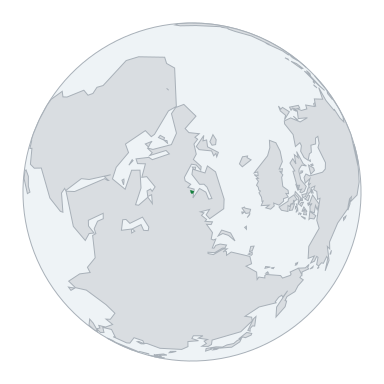 the Earth from above Järva, rotated 114°
{"feature_id": "EST-1656", "entity_name": "Järva", "entity_type": "County", "adm_level": 1, "iso_a3": "EST", "parent_name": "Estonia", "parent_adm1": "", "projection": "orthographic", "projection_center": [25.661, 58.953], "detail": "fine", "context": "on_globe", "style": "filled", "palette": "green", "viewbox_px": 384, "rotation_deg": 114, "n_neighbors": 0, "source": "natural_earth", "source_scale": "10m", "svg_char_len": 11228}
<svg xmlns="http://www.w3.org/2000/svg" viewBox="0 0 384 384"><g transform="rotate(114 192 192)"><circle cx="192" cy="192" r="169" fill="#eef3f6" stroke="#a8b0b8"/><path d="M74.4,70.6L75.7,69.5L100.5,51.2L82.4,63.4L89.0,58.1L97.3,52.3L96.3,53.2L106.7,47.6L114.8,43.4L127.7,40.0L136.3,43.2L131.5,44.4L134.1,45.3L140.3,43.9L143.7,42.9L161.1,46.3L181.7,46.0L188.0,43.0L186.7,46.2L198.7,39.0L209.8,38.3L197.3,41.0L196.1,42.7L203.7,43.0L204.0,44.9L207.9,46.2L207.6,48.6L200.4,50.3L200.1,51.9L205.4,52.0L208.6,54.7L200.7,54.2L205.4,58.9L194.1,63.2L173.4,61.1L167.1,66.5L145.7,72.5L147.6,74.3L140.8,78.2L140.4,81.8L136.6,82.2L139.7,84.8L143.3,83.8L145.8,84.7L146.0,86.9L141.1,87.6L140.3,86.6L138.9,88.0L136.4,87.5L137.7,88.9L131.7,89.7L137.8,92.2L133.2,95.5L129.2,95.2L129.4,91.0L120.8,80.8L116.8,79.6L110.9,82.0L100.1,95.0L95.8,95.7L90.0,99.7L92.5,101.1L97.8,98.6L100.9,102.4L107.2,99.1L109.3,100.3L115.8,98.8L114.9,103.7L110.6,109.3L105.2,110.9L103.1,113.5L108.4,116.0L98.4,123.0L92.1,135.1L89.5,136.6L84.2,132.0L84.0,121.7L77.2,116.8L81.7,124.8L75.1,128.8L74.1,131.6L74.5,134.4L77.0,134.8L74.8,137.4L69.6,130.1L71.5,127.7L73.1,129.9L73.0,125.2L69.4,120.9L66.3,123.5L64.1,114.9L61.9,116.8L60.2,116.1L63.8,113.6L57.2,118.1L54.1,110.4L45.1,118.7L53.9,106.9L56.9,101.0L59.9,94.8L58.4,96.0L64.3,86.9L66.2,81.9L61.8,84.8L55.7,92.2L49.6,101.5L50.2,101.7L47.0,108.0L44.2,110.2L38.0,123.4L35.8,127.6L41.6,115.0L48.4,103.0L56.2,91.5L64.9,80.7L74.4,70.6ZM31.8,138.3L31.3,139.9L28.9,147.9L29.0,149.2L28.4,155.0L26.5,160.0L27.6,159.8L26.3,166.5L26.1,181.9L25.7,181.8L25.3,201.0L27.8,218.1L28.4,225.3L27.8,225.8L29.4,231.6L29.4,233.2L38.3,256.0L45.0,270.4L46.3,275.4L43.6,272.8L44.1,273.7L38.7,263.0L34.0,251.9L30.1,240.4L27.1,228.8L24.9,217.0L23.5,205.0L23.0,193.0L23.4,180.9L24.6,169.0L26.7,157.1L29.6,145.4L29.7,145.1L30.6,142.1L31.8,138.3ZM42.8,120.5L35.8,138.6L37.4,130.8L37.6,131.7L39.8,126.5L43.2,118.4L45.3,112.2L42.8,120.5ZM45.1,122.8L46.1,120.1L45.4,122.5L45.1,122.8ZM145.2,42.2L140.4,43.8L134.6,44.4L138.6,42.8L145.2,42.2ZM156.1,42.0L154.0,43.1L151.3,41.6L153.3,41.4L156.1,42.0ZM192.5,40.7L188.5,40.9L192.3,40.1L192.5,40.7ZM208.5,46.0L209.5,45.4L211.0,46.3L208.5,46.0ZM115.8,96.3L115.8,97.5L114.6,97.2L115.8,96.3ZM118.6,94.6L117.3,93.2L118.4,92.2L119.2,93.1L118.6,94.6ZM212.1,50.9L214.3,52.8L210.8,51.1L212.1,50.9ZM120.0,96.5L120.6,90.6L122.6,88.9L127.4,90.7L120.0,96.5ZM214.8,54.1L220.2,58.9L222.9,57.9L218.3,63.8L215.2,57.6L210.5,55.6L213.9,55.6L214.8,54.1ZM144.4,82.6L140.5,83.8L143.6,80.9L144.4,82.6ZM145.7,80.6L151.4,70.9L157.2,70.5L154.1,73.7L161.4,71.8L161.4,76.3L157.3,78.4L153.6,77.7L156.5,80.0L145.7,80.6ZM214.8,66.5L215.0,68.0L213.4,66.8L214.8,66.5ZM147.1,84.9L147.7,82.9L152.8,82.4L152.4,86.3L150.9,85.2L147.1,84.9ZM163.3,69.2L167.0,69.6L168.0,73.3L169.5,74.0L161.9,76.4L163.3,69.2ZM149.8,86.4L152.1,88.3L149.8,90.5L146.8,86.8L149.8,86.4ZM154.2,80.6L156.6,80.6L155.2,81.8L154.2,80.6ZM143.2,99.9L143.8,97.4L146.5,96.8L143.2,99.9ZM153.1,88.9L153.8,88.1L154.9,87.6L155.9,89.4L153.1,88.9ZM163.1,78.9L162.7,80.5L166.3,78.1L167.2,80.9L161.9,82.1L164.5,82.8L164.8,83.7L160.2,83.7L163.1,78.9ZM160.3,89.8L153.9,92.5L152.1,97.2L149.6,97.8L153.0,90.1L160.3,89.8ZM160.6,86.2L159.9,88.5L157.2,87.9L156.1,86.0L160.6,86.2ZM169.7,82.5L169.7,77.9L170.8,77.8L169.7,82.5ZM160.3,91.3L161.8,90.6L160.5,91.7L160.3,91.3ZM167.4,85.3L167.2,83.6L168.5,83.6L167.4,85.3ZM165.1,90.8L163.0,91.6L162.2,90.2L165.1,90.8ZM166.5,88.3L168.4,88.7L163.1,89.3L166.3,87.6L166.5,88.3ZM168.6,85.5L169.4,85.0L168.5,86.2L168.6,85.5ZM169.3,95.5L162.9,96.6L161.1,93.5L167.6,92.9L169.3,95.5ZM171.7,359.7L164.7,358.4L152.8,351.5L157.6,348.6L156.1,344.8L143.0,332.2L145.9,326.4L142.3,322.6L135.0,321.4L130.9,316.5L126.5,315.0L98.7,305.6L90.2,295.8L80.0,271.8L84.9,267.5L85.8,258.3L120.2,241.1L127.5,246.5L154.6,249.7L158.0,251.7L154.9,259.6L175.3,272.3L181.8,266.0L200.2,271.3L212.4,270.0L216.7,254.2L196.7,256.0L193.2,248.4L209.1,240.2L226.6,238.4L225.8,235.4L214.7,230.2L218.7,223.5L210.9,227.8L214.1,230.6L209.3,233.5L206.1,231.1L207.6,228.7L202.3,227.8L196.4,239.6L199.0,243.8L185.2,246.0L188.2,253.3L184.5,256.6L177.9,245.5L178.6,241.4L166.4,228.2L164.6,232.6L175.9,245.5L172.3,244.3L169.9,250.9L169.0,245.0L157.1,230.1L144.6,230.1L128.8,242.6L121.5,241.3L115.3,235.1L121.1,219.2L136.8,224.1L139.0,219.0L135.8,209.1L140.8,211.6L141.5,208.3L147.4,209.7L155.7,203.5L161.7,204.0L165.0,194.0L168.5,192.9L165.6,199.1L166.8,203.8L181.7,204.9L184.6,202.8L185.5,196.3L189.5,197.7L188.5,191.2L197.1,188.7L185.7,186.6L186.5,179.3L191.7,173.9L189.9,171.2L181.5,180.2L180.0,184.2L181.9,188.2L176.0,199.2L170.9,200.6L169.3,187.9L161.9,188.5L164.0,178.7L185.4,159.8L194.4,156.2L209.2,165.0L207.1,169.8L200.8,168.9L206.7,176.3L206.2,172.6L209.5,173.8L211.1,167.5L213.5,168.1L210.9,161.2L214.0,161.3L215.6,165.6L220.7,156.8L227.2,155.3L227.2,153.1L225.3,151.1L234.9,150.7L234.4,149.1L231.1,148.6L228.1,145.1L226.4,138.9L229.8,139.1L230.9,141.4L238.2,146.6L240.5,152.9L241.7,152.3L240.5,147.0L231.6,140.5L229.6,136.8L234.2,139.2L232.4,138.0L232.5,136.2L235.8,134.7L230.9,131.8L227.3,112.9L233.3,108.4L237.8,112.5L238.9,100.4L245.5,96.9L242.5,96.3L240.9,90.5L238.8,91.5L237.2,90.8L232.3,77.1L233.8,74.3L228.2,68.3L226.6,68.1L225.2,69.8L218.3,63.8L222.9,57.9L226.3,58.6L227.0,54.6L234.5,57.0L241.0,57.4L248.9,62.7L253.4,62.8L253.1,61.2L259.0,60.3L272.1,64.4L262.7,67.9L243.3,64.5L251.3,66.3L249.8,68.0L252.9,70.0L258.5,71.3L259.0,70.1L269.8,84.0L284.0,93.0L282.1,86.6L285.2,84.6L299.8,90.6L319.1,113.4L323.4,112.2L326.5,114.4L328.9,120.3L324.6,117.2L323.3,120.3L320.4,117.8L322.9,126.7L318.9,123.5L322.8,132.3L325.9,132.5L325.2,125.6L330.3,134.9L334.9,132.8L340.0,137.4L347.8,157.7L348.7,171.7L349.8,174.1L347.8,176.5L348.7,185.7L355.3,187.3L356.4,190.3L356.3,205.1L355.6,203.2L350.3,209.6L352.0,218.4L356.1,215.3L357.6,218.7L355.6,223.4L353.7,220.8L351.8,222.9L350.5,216.0L345.3,210.6L343.1,218.9L341.5,214.8L334.1,213.1L329.9,224.7L324.6,248.6L326.8,259.6L323.6,268.4L312.5,261.3L307.0,252.3L303.3,256.9L291.5,253.7L272.1,265.1L269.1,262.9L265.4,266.4L257.1,266.4L252.5,262.2L247.6,264.5L260.0,275.2L265.2,272.7L269.3,264.8L271.8,269.1L279.7,269.8L271.7,286.4L242.5,307.4L239.3,299.4L215.3,277.2L215.8,273.8L215.7,273.4L215.4,272.8L213.5,278.5L209.3,273.3L222.4,291.0L224.8,298.5L242.1,308.0L240.5,309.8L246.0,310.8L263.0,301.7L263.2,304.4L255.3,319.4L231.4,339.4L234.4,345.8L232.4,350.9L217.2,356.0L218.2,357.8L210.3,359.3L209.6,359.9L203.5,360.6L187.6,360.9L171.7,359.7ZM108.5,254.7L107.6,257.4L108.5,254.7ZM245.5,244.0L255.7,240.9L250.5,232.3L254.0,230.4L251.0,228.3L250.1,231.7L242.5,225.3L246.7,220.6L245.1,216.3L241.6,217.2L235.1,227.0L245.9,236.0L243.9,241.1L245.5,244.0ZM26.2,182.3L26.0,185.2L25.8,182.7L26.2,182.3ZM36.4,131.5L35.5,134.6L34.6,136.9L35.1,134.8L36.4,131.5ZM32.0,157.7L31.6,161.7L31.5,158.3L32.0,157.7ZM35.0,141.4L32.3,154.7L32.2,148.7L34.1,140.4L33.5,145.0L35.0,141.4ZM43.0,123.8L42.1,126.0L41.5,126.2L43.0,123.8ZM44.6,124.6L44.7,123.9L45.6,122.4L44.6,124.6ZM75.5,129.2L75.8,129.9L75.7,132.9L74.6,131.9L75.5,129.2ZM82.0,144.3L78.3,148.0L80.2,144.6L77.9,143.8L79.1,135.7L88.3,136.9L83.9,137.7L82.0,144.3ZM83.3,125.6L81.5,130.3L83.1,125.1L83.3,125.6ZM139.1,189.7L141.1,192.7L138.8,196.1L131.1,196.2L134.4,191.2L139.1,189.7ZM144.4,196.2L145.1,184.0L149.8,183.7L147.0,185.9L150.1,186.9L146.5,190.8L150.4,202.7L148.7,206.6L135.5,204.2L140.8,202.8L138.5,199.8L144.4,196.2ZM138.2,155.7L138.6,151.1L148.5,156.3L147.0,160.1L139.3,160.2L136.5,155.9L138.2,155.7ZM128.4,101.0L127.8,99.4L129.2,99.1L130.8,100.3L128.4,101.0ZM143.3,98.8L132.0,108.2L130.9,106.7L125.7,114.3L120.6,113.5L124.1,108.5L116.3,113.7L117.5,108.9L112.5,112.9L120.9,102.0L121.7,98.0L122.8,102.7L127.4,103.5L129.7,102.7L136.5,97.6L140.4,89.9L145.6,89.7L148.3,91.7L148.1,93.5L144.8,93.0L147.0,95.8L142.1,96.5L143.3,98.8ZM176.5,118.2L172.6,116.2L176.3,123.2L171.4,123.4L172.1,124.2L168.5,126.4L165.5,130.5L163.3,129.9L163.0,131.8L160.7,133.4L159.6,135.8L155.2,135.7L153.6,138.7L152.5,136.9L150.8,142.2L150.1,138.3L146.9,140.1L149.3,143.0L128.2,137.7L119.9,138.9L113.3,142.3L112.9,135.4L118.8,128.1L127.6,121.8L135.6,121.7L134.0,118.8L137.3,117.9L137.2,120.6L139.4,116.0L142.1,116.1L150.0,111.3L151.4,104.9L154.3,103.1L155.1,105.6L157.4,102.1L160.9,105.7L163.1,104.6L168.6,107.1L168.9,112.9L171.3,111.2L175.7,113.2L176.5,118.2ZM170.8,96.4L172.3,102.9L170.3,106.4L161.4,100.5L159.0,101.1L153.2,97.7L156.2,92.9L157.6,94.3L159.6,94.5L157.9,95.9L160.8,95.0L162.8,96.9L165.6,96.7L165.3,98.8L170.8,96.4ZM161.9,249.1L164.5,249.9L168.6,250.0L167.1,254.2L161.9,249.1ZM153.6,239.2L156.0,239.0L155.9,244.8L153.2,244.1L153.6,239.2ZM157.4,234.2L156.1,238.6L155.2,235.8L157.4,234.2ZM167.8,198.7L170.3,198.2L170.6,199.8L169.1,201.9L167.8,198.7ZM186.3,139.8L184.4,137.9L185.2,137.0L184.0,131.4L187.6,130.9L189.7,134.1L186.3,139.8ZM213.3,257.4L209.7,260.8L207.9,259.5L209.5,258.6L213.3,257.4ZM187.3,258.6L193.2,260.6L186.8,259.8L187.3,258.6ZM190.0,138.4L189.1,136.0L191.4,137.3L190.0,138.4ZM190.1,130.3L192.9,131.2L187.9,130.2L190.1,130.3ZM260.4,341.7L248.0,350.9L240.3,353.3L239.3,352.6L244.2,347.9L253.4,343.8L258.0,340.0L260.4,341.7ZM357.6,225.5L355.6,231.9L349.7,233.8L351.9,229.0L357.4,221.5L357.1,223.7L358.4,220.6L357.6,225.5ZM360.1,209.4L360.0,210.2L359.8,208.3L359.9,204.1L360.4,200.5L359.7,177.8L359.9,174.9L360.6,182.9L360.7,182.4L360.9,195.9L360.1,209.4ZM327.5,260.0L331.1,262.6L329.1,266.2L327.5,260.0ZM357.7,166.0L359.1,175.5L357.3,165.3L357.7,166.0ZM355.6,158.2L356.4,159.8L355.8,160.3L355.6,158.2ZM351.4,176.8L351.0,181.1L350.2,179.8L350.1,173.6L351.4,176.8ZM344.0,141.5L347.0,145.4L348.1,147.5L346.4,146.9L344.0,141.5ZM219.2,132.8L216.8,141.0L217.4,147.0L221.5,150.3L214.7,149.4L213.7,140.1L219.2,132.8ZM225.9,115.3L222.4,112.6L224.5,111.6L225.7,112.1L225.9,115.3ZM223.3,115.2L217.8,116.2L216.2,113.3L220.9,113.1L223.3,115.2ZM203.9,127.1L202.9,129.5L201.1,128.4L203.9,127.1ZM357.8,159.2L357.8,160.3L358.6,165.4L356.1,153.1L356.6,154.0L357.5,157.9L357.8,159.2ZM356.5,155.8L357.4,160.6L355.9,154.2L356.5,155.8ZM357.1,160.5L356.4,158.7L356.1,156.1L357.1,160.5ZM356.2,154.0L354.6,149.6L355.2,150.3L356.2,154.0ZM354.3,155.0L355.2,152.4L355.4,159.0L351.6,152.2L351.2,148.6L354.3,155.0ZM327.7,108.6L325.7,107.6L324.2,104.1L326.0,105.8L327.7,108.6ZM317.6,92.6L323.2,102.9L327.3,111.7L327.7,110.3L331.8,114.9L329.2,115.4L323.7,107.1L321.2,101.0L317.4,97.8L313.5,92.3L309.1,90.2L306.2,87.3L309.5,87.4L317.6,92.6ZM307.2,89.6L298.1,84.9L296.9,79.9L298.7,79.8L303.4,84.0L303.7,86.4L307.2,89.6ZM295.5,82.3L295.7,84.7L282.7,84.2L279.7,82.9L289.0,80.2L289.7,82.3L293.1,83.4L295.5,82.3ZM216.8,67.8L215.2,68.0L216.0,66.9L216.8,67.8ZM236.1,91.5L234.1,90.4L235.1,89.0L236.1,91.5ZM229.0,86.6L229.3,89.0L227.6,86.4L229.0,86.6ZM230.1,94.4L228.7,89.9L232.0,94.3L230.1,94.4Z" fill="#d9dde1" stroke="#a8b0b8" stroke-width="1"/><path d="M192.2,192.8L191.9,192.9L191.8,193.0L191.8,192.9L191.7,193.0L191.4,192.9L191.4,192.7L191.3,192.4L191.4,192.2L191.5,192.1L191.4,192.0L191.4,191.9L191.5,191.9L191.6,191.7L191.7,191.4L191.8,191.3L191.8,191.2L191.7,191.1L191.8,191.1L192.0,191.1L192.3,191.0L192.5,191.2L192.4,191.3L192.5,191.3L192.5,191.5L192.4,191.6L192.5,191.7L192.6,191.8L192.7,192.0L192.8,192.0L192.7,192.2L192.7,192.3L192.5,192.5L192.4,192.5L192.2,192.7L192.2,192.8Z" fill="#22c55e" stroke="#15803d" stroke-width="1.5"/></g></svg>